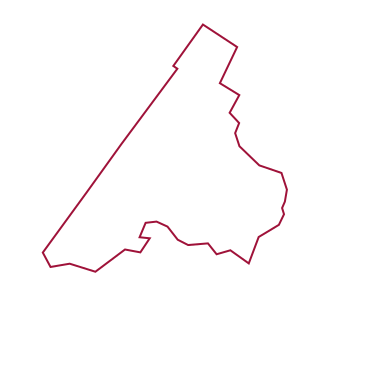 Towns, Georgia, United States of America, rotated 306°
{"feature_id": "52423323B28329041515862", "entity_name": "Towns", "entity_type": "district", "adm_level": 2, "iso_a3": "USA", "parent_name": "United States of America", "parent_adm1": "Georgia", "projection": "natural_earth1", "projection_center": [-83.742, 34.892], "detail": "fine", "context": "isolated", "style": "outline", "palette": "rose", "viewbox_px": 384, "rotation_deg": 306, "n_neighbors": 0, "source": "geoboundaries", "source_scale": "gbopen_adm2", "svg_char_len": 618}
<svg xmlns="http://www.w3.org/2000/svg" viewBox="0 0 384 384"><g transform="rotate(306 192 192)"><path d="M238.8,272.8L249.7,267.4L260.0,253.2L253.1,230.8L256.9,203.5L265.0,192.3L275.5,189.6L278.2,175.9L298.2,173.3L296.4,150.6L335.8,143.3L333.9,102.4L283.0,102.8L283.1,107.7L189.6,106.7L131.1,107.0L55.3,106.9L48.2,121.6L62.1,135.2L70.7,160.7L106.1,171.6L112.8,185.7L129.7,185.0L124.6,176.2L139.8,172.6L147.2,180.7L149.6,192.5L145.0,208.5L146.8,220.0L159.8,235.1L156.1,248.5L167.4,257.3L167.6,279.9L194.8,272.4L216.5,281.6L228.1,279.5L232.0,274.3L238.8,272.8Z" fill="none" stroke="#9f1239" stroke-width="2"/></g></svg>